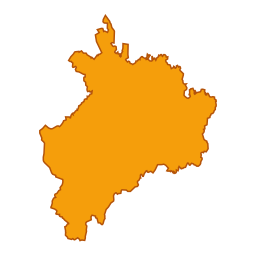 outline of Tho Xuan, Thanh Hóa, Vietnam
{"feature_id": "81297802B55629975533372", "entity_name": "Tho Xuan", "entity_type": "district", "adm_level": 2, "iso_a3": "VNM", "parent_name": "Vietnam", "parent_adm1": "Thanh Hóa", "projection": "equal_earth", "projection_center": [105.491, 19.926], "detail": "fine", "context": "isolated", "style": "filled", "palette": "amber", "viewbox_px": 256, "rotation_deg": 0, "n_neighbors": 0, "source": "geoboundaries", "source_scale": "gbopen_adm2", "svg_char_len": 5705}
<svg xmlns="http://www.w3.org/2000/svg" viewBox="0 0 256 256"><path d="M39.8,130.6L39.8,133.1L41.8,138.0L41.6,139.9L44.0,142.3L44.5,143.3L44.0,153.6L43.3,157.1L43.3,160.1L43.6,161.3L44.6,162.7L49.7,167.6L51.6,172.8L52.7,174.2L55.7,175.4L55.8,176.9L62.7,179.5L62.8,180.0L62.9,182.0L62.3,184.6L60.1,187.6L60.5,189.7L58.8,190.6L56.9,193.4L55.2,194.1L54.8,194.7L54.8,196.0L55.7,197.4L54.0,197.9L53.4,198.6L52.2,201.1L52.3,203.2L51.5,205.9L50.9,207.1L51.0,207.8L54.6,209.0L56.7,210.5L56.8,211.5L55.9,213.8L56.8,214.3L57.7,214.2L58.4,214.7L59.5,214.4L59.6,216.1L60.5,216.7L62.2,216.9L62.5,218.1L63.3,218.4L64.7,220.1L68.6,223.2L68.6,223.8L67.5,224.0L66.0,226.3L64.8,226.8L65.6,230.9L65.5,232.1L65.8,232.6L65.5,233.8L65.5,235.3L67.3,237.0L68.0,238.5L71.6,239.4L72.8,238.6L73.9,239.6L74.7,239.8L77.7,237.8L79.4,239.2L80.0,240.6L81.8,240.0L84.7,240.4L85.3,238.1L85.3,236.4L86.5,231.3L86.3,229.8L86.8,226.0L85.8,224.6L85.8,222.9L86.7,221.8L91.2,219.8L91.0,216.8L92.0,215.2L95.5,216.1L95.4,217.0L95.9,218.0L97.0,218.3L98.2,222.8L100.0,222.9L101.6,224.5L102.5,224.5L103.2,223.2L104.0,220.2L105.0,218.5L104.7,216.9L104.9,216.2L104.5,214.2L105.1,212.9L106.1,209.5L108.5,206.9L110.8,203.1L113.6,201.0L113.8,199.6L113.5,195.8L114.3,193.9L115.8,192.8L116.4,192.9L117.4,194.2L118.3,193.6L120.8,193.3L121.3,190.5L122.0,189.8L126.4,190.1L127.8,191.4L130.4,191.4L135.1,186.9L137.5,186.4L138.4,184.9L137.5,182.6L137.5,181.4L139.3,179.8L139.9,178.0L140.7,178.0L140.3,176.2L140.5,174.9L140.9,174.4L141.6,174.4L142.7,176.3L143.3,176.3L144.3,173.6L146.2,170.9L146.8,170.7L147.4,172.0L148.2,172.3L150.9,171.3L153.0,172.9L155.2,169.8L157.6,164.7L161.7,164.6L163.8,164.2L165.7,165.2L168.4,168.2L166.8,170.8L168.1,171.2L169.2,170.9L170.4,171.6L171.0,170.7L171.8,171.2L173.2,172.9L173.5,172.3L172.8,171.7L173.2,171.2L174.1,171.7L174.4,172.4L173.9,172.4L173.9,172.8L174.8,173.4L175.9,172.8L176.3,172.1L176.4,170.0L178.0,170.8L178.7,168.8L178.4,168.0L179.1,166.5L181.2,168.8L181.9,168.3L182.8,168.5L183.6,167.7L185.5,167.3L187.5,163.1L188.3,163.2L189.4,165.1L190.1,165.1L191.5,163.3L193.5,163.9L194.1,164.8L195.7,165.2L196.4,166.0L197.0,166.2L198.5,166.1L200.0,164.7L200.6,163.6L200.8,161.7L202.2,159.0L201.8,157.6L200.8,157.3L201.3,154.9L200.8,153.8L201.1,152.9L202.2,152.2L203.5,152.7L204.2,151.3L206.2,151.8L208.1,148.8L207.8,143.6L206.8,142.1L206.9,141.3L204.6,140.0L204.0,139.4L202.4,134.0L203.8,132.4L204.2,131.1L204.2,130.2L203.6,129.3L204.9,128.8L204.6,126.0L207.0,124.7L207.5,118.3L209.9,117.5L210.0,116.2L210.7,115.3L210.9,114.3L211.7,113.6L212.7,113.5L213.7,112.3L214.2,110.7L215.3,109.5L215.3,107.2L216.0,106.5L216.2,105.1L215.6,101.3L216.2,101.2L216.0,99.9L214.5,98.9L214.5,97.1L212.9,96.7L211.0,97.1L209.6,96.6L208.4,93.9L207.8,93.3L207.0,93.6L206.6,94.9L205.6,94.8L205.2,93.8L205.5,93.2L205.1,93.0L205.3,92.5L204.5,91.7L204.8,89.8L202.7,89.2L201.3,89.4L200.9,90.9L200.3,91.8L196.8,92.6L194.8,94.2L194.3,93.7L194.2,92.8L194.9,92.1L195.9,92.3L195.1,90.6L194.0,90.9L192.9,88.3L190.6,88.9L190.6,89.4L189.5,89.8L189.7,93.3L189.1,94.3L189.3,95.0L190.1,95.1L190.3,96.6L188.4,98.3L187.9,98.3L186.8,97.9L184.8,96.3L184.0,95.2L184.4,90.9L186.5,89.5L186.9,87.9L185.3,85.0L186.2,83.9L184.5,84.1L183.4,83.4L183.0,82.5L182.8,80.5L182.1,79.4L183.3,75.1L183.4,73.7L180.0,70.4L179.9,69.5L180.6,68.3L180.2,66.9L179.7,66.5L178.6,67.1L177.5,65.4L176.4,65.9L176.3,67.4L175.5,68.2L175.0,68.1L174.3,66.7L173.7,66.3L173.3,67.6L171.3,68.6L170.1,65.0L167.6,64.4L167.1,62.9L166.0,61.9L165.7,60.7L166.0,59.8L167.6,59.0L167.8,56.8L166.3,57.1L165.9,55.7L164.9,54.7L163.8,54.6L162.5,56.4L162.0,55.9L161.6,54.6L160.7,54.6L159.8,55.7L158.8,55.1L158.1,57.1L156.9,57.8L155.8,60.2L154.7,58.1L154.1,58.2L153.6,59.4L153.0,59.1L152.3,56.6L151.9,56.7L152.0,59.5L152.3,60.6L151.2,61.1L149.6,60.8L148.1,59.2L146.6,59.4L146.8,59.0L148.6,57.9L149.3,56.2L150.2,55.4L149.8,54.9L148.5,55.2L147.4,54.1L147.3,54.7L147.6,55.3L147.1,55.4L147.4,56.4L145.3,58.6L142.7,57.2L142.5,56.7L141.5,56.7L140.2,58.1L140.0,59.6L139.3,59.2L139.0,59.6L138.3,59.6L137.5,60.9L135.9,61.1L135.7,62.6L132.8,64.5L132.0,63.9L130.2,63.4L129.5,61.6L128.6,61.2L127.5,62.0L125.6,59.8L126.1,59.0L128.3,57.7L127.9,54.7L128.1,44.4L123.0,43.6L122.9,48.4L122.1,50.9L122.6,51.4L120.7,54.9L121.2,56.0L120.6,56.8L119.6,55.9L120.2,54.7L120.0,53.9L118.2,54.0L117.8,52.0L116.2,53.5L114.8,52.4L114.8,51.6L116.4,49.5L116.1,46.7L115.6,46.3L114.3,46.1L113.4,46.5L112.7,46.1L110.9,43.5L112.0,42.6L114.0,43.0L114.4,31.4L114.1,30.5L111.8,27.5L111.0,24.1L109.8,22.3L109.8,21.5L105.4,15.4L103.3,19.4L103.0,21.5L103.3,22.2L104.3,23.0L107.5,23.2L107.3,28.3L108.5,29.9L107.5,32.4L104.8,31.1L103.7,31.5L102.8,28.5L101.4,28.4L97.3,29.6L99.2,32.6L95.4,34.9L96.5,41.6L101.8,52.7L99.9,54.2L98.8,54.3L98.1,55.6L97.3,55.7L97.1,55.2L94.1,59.3L91.8,57.3L91.1,58.0L90.7,57.0L87.1,54.8L86.2,53.2L83.4,53.1L81.5,50.9L79.1,52.2L78.9,51.4L75.2,51.8L74.6,52.1L73.5,53.9L70.8,56.8L68.6,60.5L70.1,61.5L71.4,61.5L71.8,62.3L72.8,63.0L72.5,66.6L72.9,67.3L73.8,67.3L75.3,66.4L75.8,66.5L76.3,67.5L75.4,69.4L76.2,71.4L79.2,72.0L83.5,74.3L85.1,74.5L85.2,76.9L84.2,77.1L83.8,77.8L83.9,80.8L85.6,82.2L85.8,85.2L87.4,86.7L87.0,89.1L87.2,90.7L87.7,91.6L89.5,91.1L90.2,92.1L92.1,91.0L91.7,93.8L90.2,94.2L88.8,96.3L87.2,96.3L87.6,97.4L87.0,98.0L86.8,99.1L85.8,98.9L84.5,99.4L83.9,101.6L83.3,101.7L82.6,102.7L81.6,102.9L81.2,104.3L80.1,105.0L79.7,105.7L78.8,105.8L78.3,108.3L77.6,109.5L77.2,109.4L77.4,110.3L76.7,110.2L75.2,111.4L74.4,112.9L73.0,113.0L72.7,113.5L73.0,114.6L72.0,113.9L71.1,115.2L70.5,117.8L70.1,117.9L69.5,117.0L65.6,116.9L66.2,119.7L65.9,120.0L63.6,120.8L63.0,122.4L61.5,124.6L59.6,126.6L58.1,125.9L56.9,126.1L52.6,128.6L51.0,128.9L48.6,128.0L45.4,125.3L42.6,128.5L39.8,130.6Z" fill="#f59e0b" stroke="#b45309" stroke-width="1.5"/></svg>